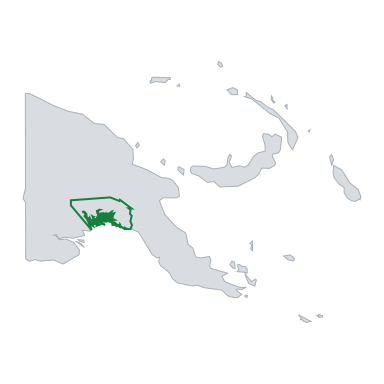 location of Kikori District, Gulf, Papua New Guinea
{"feature_id": "67681753B67388913989028", "entity_name": "Kikori District", "entity_type": "district", "adm_level": 2, "iso_a3": "PNG", "parent_name": "Papua New Guinea", "parent_adm1": "Gulf", "projection": "robinson", "projection_center": [144.53, -7.347], "detail": "fine", "context": "in_parent", "style": "outline", "palette": "green", "viewbox_px": 384, "rotation_deg": 0, "n_neighbors": 0, "source": "geoboundaries", "source_scale": "gbopen_adm2", "svg_char_len": 9535}
<svg xmlns="http://www.w3.org/2000/svg" viewBox="0 0 384 384"><path d="M25.7,258.7L25.6,202.5L23.0,198.3L25.5,188.3L25.4,93.4L30.1,93.8L53.2,105.4L68.7,111.4L82.3,114.2L94.7,123.7L104.0,124.3L117.6,137.6L123.2,138.5L132.9,149.6L133.4,158.6L132.4,164.3L147.1,169.8L161.2,177.5L168.9,178.3L173.1,180.9L178.4,187.5L179.4,196.3L176.3,197.9L163.1,197.8L159.4,200.7L164.7,214.5L176.6,227.2L185.6,232.9L188.2,244.4L192.8,248.0L195.7,257.0L200.4,258.0L209.5,256.5L210.9,260.3L209.6,266.1L210.9,268.4L227.6,273.2L222.0,276.2L224.5,281.5L235.4,285.9L242.2,287.7L246.3,287.1L241.5,289.7L237.3,288.9L236.4,289.7L238.2,291.9L241.7,294.3L238.0,297.3L234.4,297.8L227.6,295.8L221.8,290.1L203.6,287.6L197.3,285.1L192.3,286.0L177.5,282.9L172.7,278.9L169.5,272.9L160.7,265.6L158.7,262.0L159.5,257.2L157.1,257.9L152.1,254.5L138.8,232.3L132.0,229.1L115.1,225.3L112.6,221.0L104.7,219.3L102.9,222.2L96.5,224.1L91.0,222.0L85.6,216.6L92.0,228.9L89.7,228.8L90.8,230.8L89.6,231.1L82.5,230.3L84.7,235.4L73.0,238.2L64.4,237.2L60.3,238.5L58.6,238.3L56.3,234.6L53.2,235.3L55.8,235.4L59.2,239.7L66.4,239.1L73.4,242.4L79.4,249.7L79.1,254.7L63.1,264.0L53.7,260.0L40.1,261.1L35.3,259.5L29.2,261.3L25.7,258.7ZM268.5,134.2L271.9,136.7L275.2,134.1L281.7,137.3L280.4,149.6L278.3,152.9L272.8,154.2L272.2,156.0L275.7,163.2L274.2,165.7L269.5,168.4L261.6,168.1L259.5,173.1L255.2,177.5L238.2,186.2L219.8,186.9L213.8,181.5L207.5,182.5L199.0,176.1L191.9,173.5L190.4,171.1L190.6,167.9L192.6,166.1L205.3,166.4L213.3,168.9L223.9,167.4L226.9,165.5L228.0,157.6L229.7,154.4L231.5,155.9L229.3,162.0L231.8,167.4L239.3,165.8L244.1,167.1L247.9,165.5L253.2,157.0L257.5,153.1L265.2,151.1L265.0,144.9L262.4,136.3L263.5,133.8L268.5,134.2ZM361.0,197.0L360.0,199.7L359.5,198.8L355.6,201.4L351.2,200.6L347.2,197.8L344.2,192.9L344.1,187.3L339.8,184.8L334.2,177.8L333.1,173.1L333.6,165.4L341.8,169.9L350.1,183.2L358.0,189.2L361.0,197.0ZM298.0,137.6L292.5,149.8L289.1,144.8L287.8,141.4L287.6,132.0L278.9,118.1L269.9,113.5L251.7,98.9L244.5,96.7L246.3,96.0L246.3,92.4L255.3,100.0L260.9,101.8L268.3,107.7L273.4,109.7L295.4,131.4L298.0,137.6ZM152.8,77.2L170.1,77.7L170.4,79.4L168.1,79.6L165.2,82.5L154.9,81.7L150.4,83.2L150.1,81.1L151.7,80.5L151.5,78.3L152.8,77.2ZM239.2,264.5L242.3,266.6L245.0,266.3L247.0,268.7L247.3,272.7L246.2,273.6L245.5,272.4L237.1,271.6L238.7,269.3L237.2,264.9L239.2,264.5ZM237.6,94.7L231.5,94.7L227.0,89.9L232.9,87.6L237.4,89.8L237.6,94.7ZM251.5,281.6L255.4,279.2L256.3,280.0L254.8,286.1L248.7,283.5L244.7,273.7L251.5,281.6ZM283.6,256.0L290.2,254.9L293.4,257.5L294.4,258.5L293.7,261.0L288.2,259.9L283.6,256.0ZM298.6,314.8L311.0,321.4L306.4,322.5L302.5,320.7L302.0,319.1L300.4,319.7L301.2,318.5L298.6,314.8ZM183.4,175.1L178.0,170.0L178.3,166.6L184.1,169.6L183.4,175.1ZM235.1,268.3L233.5,268.4L229.8,264.9L232.1,261.0L234.5,262.4L235.1,268.3ZM331.8,165.1L329.5,156.9L331.5,154.5L333.6,159.6L331.8,165.1ZM164.4,165.1L160.6,161.9L163.4,158.9L165.1,160.5L164.4,165.1ZM222.6,66.5L220.5,67.1L217.7,64.5L218.5,61.5L221.7,63.4L222.6,66.5ZM139.3,145.0L137.0,147.9L135.5,145.7L138.0,142.4L139.3,145.0ZM252.4,241.0L252.6,250.8L250.8,248.8L251.7,244.8L249.9,243.6L252.4,241.0ZM80.8,243.5L84.5,247.5L75.6,241.1L80.8,243.5ZM84.1,242.6L79.1,240.9L78.1,239.7L83.9,240.2L84.1,242.6ZM322.6,315.7L322.3,317.1L319.1,317.3L316.9,315.4L319.0,315.8L318.7,314.4L322.6,315.7ZM287.0,104.4L287.1,108.9L284.8,105.7L287.0,104.4ZM274.9,102.0L273.9,103.2L271.6,100.0L272.1,99.4L274.9,102.0ZM247.3,295.5L247.0,297.5L244.8,296.5L245.1,295.2L247.3,295.5ZM272.9,98.4L271.2,99.0L271.5,95.9L272.9,98.4ZM179.3,84.2L179.5,86.4L177.0,85.9L179.3,84.2ZM309.9,129.7L309.6,131.8L308.3,131.1L309.9,129.7Z" fill="#d9dde1" stroke="#a8b0b8" stroke-width="1"/><path d="M110.2,197.4L70.9,200.3L70.9,205.4L91.6,230.0L87.5,219.9L87.4,219.2L87.5,218.7L86.5,218.4L85.0,216.7L85.1,215.8L86.3,215.6L86.2,214.2L85.2,214.2L84.0,211.8L82.4,212.4L83.1,211.7L83.9,211.6L84.9,212.2L86.4,214.2L86.5,215.9L85.1,216.3L88.0,218.2L89.4,221.6L95.1,224.5L93.7,222.7L93.8,221.8L93.3,221.5L93.5,220.8L93.1,220.9L92.9,220.7L93.0,220.2L92.4,220.7L90.9,220.3L90.4,219.8L90.4,219.4L90.1,219.1L90.0,218.7L89.8,218.7L89.6,218.6L89.4,218.1L89.6,218.0L89.5,217.8L89.6,217.6L90.9,220.3L93.0,220.1L96.6,225.1L95.9,220.1L94.0,219.6L93.8,218.8L93.3,218.7L92.9,217.9L93.2,217.3L93.5,217.0L93.2,217.0L92.8,216.8L92.6,216.4L93.6,217.0L94.1,219.5L95.1,219.0L95.6,219.0L96.7,220.8L96.9,218.9L98.0,221.0L98.1,216.0L99.0,216.2L97.3,212.9L96.8,210.0L97.5,211.7L97.7,211.4L98.1,211.3L98.0,210.7L98.5,210.2L99.3,209.7L99.8,209.8L98.6,210.2L98.1,211.4L97.6,211.6L98.0,213.7L103.6,213.2L105.4,216.0L105.0,214.8L105.0,214.1L105.7,214.5L105.7,215.4L106.1,213.8L107.0,215.3L107.4,213.7L107.7,213.8L107.8,213.9L107.2,215.3L107.6,215.0L107.8,215.2L108.0,215.7L107.8,216.2L108.1,216.1L108.7,216.3L108.2,215.6L108.4,215.0L108.8,216.2L108.6,216.8L110.0,215.1L109.7,214.5L110.1,213.7L109.9,213.5L109.7,213.9L109.6,214.0L109.5,213.9L109.2,212.7L109.6,213.9L109.9,213.2L110.6,212.5L110.9,212.8L111.3,211.8L111.8,211.6L111.0,212.9L110.0,213.3L111.0,214.5L110.2,217.8L109.4,218.4L110.3,219.4L110.1,218.6L110.6,217.4L112.4,217.1L112.2,216.2L112.3,216.0L112.9,215.8L112.8,214.5L112.9,214.3L113.3,214.3L113.3,214.0L113.0,213.9L112.9,213.8L113.2,213.6L113.8,213.6L113.8,213.3L114.2,213.2L113.9,213.7L113.0,213.8L113.3,214.0L113.4,214.3L112.5,217.1L111.5,218.3L114.5,219.8L112.3,220.0L112.5,223.4L113.3,222.0L112.9,223.3L113.3,222.9L114.3,222.7L115.3,225.6L115.5,223.3L119.4,226.6L119.2,224.7L119.5,224.5L120.0,224.4L120.8,226.8L124.7,228.9L125.4,228.5L124.8,228.3L124.6,228.0L124.7,227.6L125.3,227.0L124.7,227.9L125.5,228.3L125.1,229.0L130.4,229.2L132.0,225.3L130.4,221.3L131.7,215.9L130.0,213.8L130.5,209.7L128.8,208.4L131.6,208.5L119.9,199.8L119.4,201.0L110.2,197.4ZM111.2,217.6L110.0,221.7L111.2,222.3L112.1,220.1L111.1,218.9L111.2,217.6ZM103.8,213.5L102.4,215.1L103.6,215.3L103.6,215.5L103.4,216.5L104.1,216.5L104.1,217.5L104.5,216.9L104.9,216.7L105.1,217.8L105.6,216.8L103.8,213.5ZM100.7,213.8L98.9,214.3L99.6,214.3L100.8,215.8L102.7,214.5L100.7,213.8ZM100.5,216.7L99.9,216.6L100.3,216.9L100.4,217.9L100.3,219.4L101.1,219.9L101.1,221.0L101.8,220.1L100.5,219.2L100.8,219.1L100.7,218.9L100.9,218.7L100.7,218.5L102.1,219.6L100.5,216.7ZM97.8,222.0L96.4,222.0L98.3,223.7L98.9,222.3L97.8,222.0ZM108.1,221.1L107.0,218.6L106.9,219.7L106.2,221.2L108.1,221.1ZM102.4,222.3L102.2,220.3L101.4,220.7L101.8,221.6L101.4,223.0L102.1,224.0L102.9,223.6L102.3,223.1L102.4,222.3ZM93.1,226.1L92.2,224.2L90.0,223.1L91.2,225.1L93.1,226.1ZM103.7,219.2L103.2,219.7L105.5,222.3L104.0,220.0L104.3,219.0L103.7,219.2ZM104.7,217.7L103.1,217.9L104.4,218.0L104.6,220.6L104.7,217.7ZM103.8,223.9L102.5,223.1L104.9,225.4L103.8,223.9ZM98.8,224.0L97.6,225.4L99.3,224.8L98.8,224.0ZM108.8,219.7L110.4,219.8L109.0,218.5L108.8,219.7ZM100.0,219.6L99.6,219.6L100.2,220.2L101.2,222.3L100.0,219.6ZM99.6,219.4L99.2,217.4L99.0,217.0L99.6,219.4ZM99.8,215.7L98.9,214.6L99.3,216.1L100.6,216.1L100.9,216.6L100.4,215.6L99.8,215.7ZM114.0,222.9L112.8,223.9L114.7,225.1L113.9,224.3L114.0,222.9ZM106.7,219.3L105.3,218.5L106.1,220.7L106.7,219.3ZM108.2,218.2L107.4,216.6L107.0,216.6L106.9,216.8L107.1,217.1L106.9,218.4L108.2,218.2ZM102.1,217.2L101.2,216.9L102.7,218.8L102.1,217.2ZM106.2,216.4L105.7,216.4L105.9,217.0L105.3,218.4L106.2,216.4ZM97.8,221.6L99.1,221.6L98.8,221.5L98.7,221.4L98.6,220.5L98.7,219.9L97.8,221.6ZM99.9,223.0L100.1,221.3L99.7,221.4L99.9,223.0ZM99.2,217.3L100.2,216.9L99.2,216.4L99.2,217.3ZM107.8,215.3L107.6,215.1L107.3,215.3L107.0,215.3L106.7,215.2L106.5,215.5L106.6,215.8L107.8,215.3ZM102.9,221.1L103.5,221.6L102.3,220.2L102.9,221.1ZM102.8,216.8L102.2,217.1L102.8,218.2L103.4,217.5L102.9,217.1L103.1,216.6L102.8,216.8ZM103.0,215.6L102.4,215.3L102.7,215.9L102.5,216.3L102.3,216.4L102.9,216.8L103.0,215.6ZM106.8,217.8L107.0,217.1L106.8,216.9L107.0,216.3L106.5,215.9L106.8,217.8ZM112.8,224.1L111.9,223.8L112.9,224.8L113.3,224.4L112.8,224.1ZM99.6,220.9L98.8,221.4L99.4,221.4L99.6,220.9ZM109.8,216.4L108.8,216.8L109.2,218.4L109.4,217.3L109.8,217.1L109.5,217.0L109.5,216.9L109.7,216.5L109.8,216.4ZM108.6,216.9L107.5,216.6L108.3,217.4L108.6,216.9ZM89.8,225.4L90.7,226.1L89.9,224.7L89.8,225.4ZM98.8,219.8L99.5,219.2L98.7,218.4L99.1,219.5L98.8,219.8ZM102.5,219.0L102.2,220.1L102.9,220.1L102.5,219.0ZM104.0,217.7L103.2,216.5L103.0,217.1L104.0,217.7ZM106.8,218.4L106.4,217.7L105.8,218.7L106.8,218.4ZM101.6,215.9L100.9,215.7L101.0,216.6L101.5,216.5L101.6,215.9ZM108.9,217.5L108.6,217.1L108.5,217.4L108.0,217.6L108.9,217.5ZM119.7,226.5L120.4,226.6L119.9,225.3L119.7,226.5ZM108.1,219.1L108.8,218.7L108.1,218.3L108.1,219.1ZM99.3,220.0L100.0,220.3L99.4,219.8L99.3,220.0ZM101.3,224.1L102.6,224.5L101.7,223.9L101.3,223.2L101.3,224.1ZM87.5,219.4L88.0,219.4L87.7,218.8L87.5,219.4ZM102.2,216.4L101.6,216.3L102.2,217.0L102.5,216.7L102.2,216.4ZM110.0,217.9L109.9,216.3L109.6,217.0L109.9,217.0L109.6,217.6L110.0,217.9ZM105.5,216.3L106.2,215.9L105.5,215.4L105.5,216.3ZM101.9,215.6L102.6,215.8L102.1,215.0L101.9,215.6ZM107.7,221.3L108.4,221.3L108.2,220.3L108.2,221.0L107.7,221.3ZM106.4,215.9L106.7,215.7L106.5,214.9L106.4,215.9ZM106.4,218.8L107.0,218.8L106.8,218.5L106.4,218.8ZM98.6,219.3L98.9,219.3L98.2,218.7L98.6,219.3ZM116.0,226.0L116.1,225.3L116.0,226.0ZM105.4,215.4L105.7,214.8L105.2,215.0L105.4,215.4ZM105.8,215.5L106.1,215.3L106.0,215.1L105.8,215.5ZM100.4,216.6L100.7,216.5L100.4,216.3L100.4,216.6ZM107.6,214.3L107.3,214.0L107.6,214.3L107.6,214.3ZM98.8,215.3L99.0,215.2L98.9,215.1L98.8,215.3ZM95.4,219.4L95.6,219.1L95.3,219.1L95.4,219.4ZM116.5,226.0L116.8,225.9L116.5,225.7L116.5,226.0Z" fill="none" stroke="#15803d" stroke-width="2"/></svg>